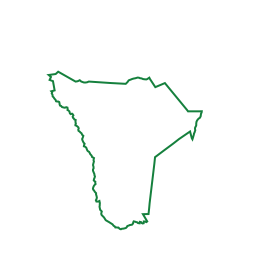 the district of Valença do Piauí, Piauí, Brazil, rotated 236°
{"feature_id": "56859067B96285294064693", "entity_name": "Valença do Piauí", "entity_type": "district", "adm_level": 2, "iso_a3": "BRA", "parent_name": "Brazil", "parent_adm1": "Piauí", "projection": "albers", "projection_center": [-41.803, -6.392], "detail": "fine", "context": "isolated", "style": "outline", "palette": "green", "viewbox_px": 256, "rotation_deg": 236, "n_neighbors": 0, "source": "geoboundaries", "source_scale": "gbopen_adm2", "svg_char_len": 2738}
<svg xmlns="http://www.w3.org/2000/svg" viewBox="0 0 256 256"><g transform="rotate(236 128 128)"><path d="M47.9,66.6L47.2,67.8L46.7,69.1L46.3,70.3L46.5,71.5L47.1,72.7L46.7,74.0L46.6,75.0L46.1,76.2L45.6,77.2L46.0,78.8L46.8,79.5L47.4,80.5L46.5,81.4L45.6,82.0L44.8,82.8L43.6,83.1L42.5,84.3L43.6,85.3L42.7,86.2L41.6,86.2L40.7,86.7L40.3,87.7L41.7,88.8L40.9,89.8L39.7,90.6L39.8,91.7L48.2,92.2L45.2,96.9L49.8,100.8L53.6,103.9L83.8,130.0L88.7,134.1L89.3,145.8L89.8,156.8L90.3,164.1L90.4,177.5L83.9,175.2L82.6,175.1L83.6,176.4L84.8,177.8L85.7,178.9L86.6,179.7L87.0,180.6L87.7,181.4L88.5,182.5L89.9,183.1L90.9,184.0L91.4,185.1L92.1,186.1L93.6,187.1L94.9,188.3L95.6,189.5L96.0,190.6L96.3,191.9L96.3,193.4L97.1,194.8L98.0,195.6L99.0,196.5L99.7,197.7L100.6,198.5L108.2,187.1L110.1,187.0L144.6,183.7L146.6,173.5L156.2,173.6L157.8,173.8L157.8,171.4L158.0,170.4L159.1,169.0L160.2,167.8L161.5,167.0L162.6,165.8L163.7,165.1L164.5,164.0L165.1,162.0L165.8,160.4L166.3,158.9L166.5,157.8L166.8,156.6L167.1,155.2L166.4,153.4L166.1,152.0L165.9,150.8L175.5,138.1L188.4,121.5L188.8,119.6L189.6,118.0L190.4,116.9L191.3,116.2L192.7,115.2L194.6,114.7L194.8,113.0L195.1,112.0L195.8,110.5L213.7,101.6L213.2,98.2L216.3,91.9L213.4,92.7L211.7,89.9L208.8,92.0L200.2,88.2L201.3,85.0L200.1,85.2L199.3,84.1L197.8,84.0L196.3,83.2L194.9,83.5L193.6,83.4L191.9,83.7L190.4,83.3L189.5,84.1L188.9,85.0L188.0,85.5L186.7,85.0L185.8,84.5L184.6,84.2L183.6,84.9L182.3,85.0L181.1,86.0L180.1,87.0L179.8,88.4L178.8,89.2L177.7,88.7L176.7,87.9L175.9,88.4L174.5,88.7L172.6,88.0L171.5,88.3L171.2,89.6L170.2,89.9L169.0,89.8L168.4,88.5L167.3,88.1L166.3,88.4L165.1,88.3L163.9,89.1L162.9,88.2L161.9,87.6L160.9,87.3L160.4,86.5L159.6,85.9L158.8,86.5L157.6,86.9L156.3,87.2L155.2,86.9L154.4,85.8L153.3,85.4L152.1,85.9L150.8,86.1L149.6,86.5L148.0,86.2L146.5,86.6L145.7,85.6L145.1,84.8L144.5,83.8L143.0,83.3L142.0,83.2L140.8,83.0L139.2,83.2L138.3,81.9L137.5,81.2L136.6,81.9L135.1,82.4L133.5,82.0L132.0,81.7L131.0,81.9L130.0,82.4L128.7,82.3L127.4,82.1L125.5,82.4L124.0,82.0L123.2,82.5L122.1,83.0L121.4,82.2L120.5,81.4L119.4,81.1L118.6,80.2L117.9,79.4L116.9,78.3L115.1,77.7L113.8,76.9L113.2,75.8L112.2,75.1L111.2,74.9L109.9,74.6L108.7,74.4L107.6,73.8L106.3,73.5L105.4,72.4L104.7,71.3L103.7,70.3L102.7,70.5L101.8,70.9L100.9,70.2L99.7,69.8L99.5,68.6L99.1,67.4L98.3,66.1L97.3,65.0L96.3,64.7L95.3,64.9L93.7,64.8L91.8,65.1L90.9,64.4L89.2,63.9L87.6,63.2L86.5,61.9L86.1,61.0L84.7,60.7L83.7,62.1L83.5,63.5L82.5,63.1L81.5,62.7L80.5,61.9L79.4,61.1L78.7,60.4L77.5,59.9L75.8,59.2L73.5,59.6L72.8,58.8L71.8,57.8L70.6,57.5L67.3,58.1L64.0,58.0L61.7,59.1L60.7,59.6L56.8,61.3L55.0,61.4L53.7,62.0L52.6,61.9L52.1,62.8L51.3,63.6L50.8,64.4L49.1,64.7L48.0,65.5L47.9,66.6Z" fill="none" stroke="#15803d" stroke-width="2"/></g></svg>